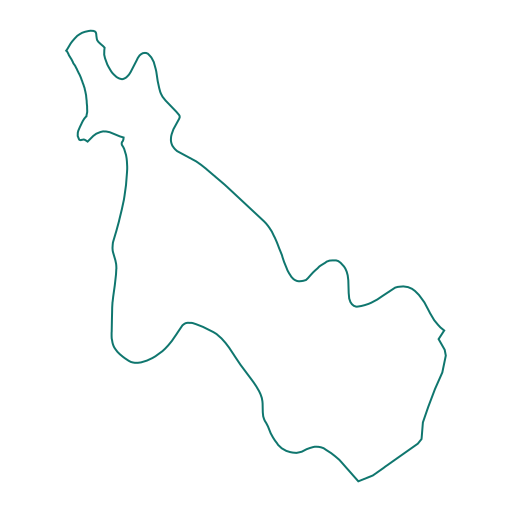 Tien Lang, Hải Phòng, Vietnam
{"feature_id": "81297802B70010606578992", "entity_name": "Tien Lang", "entity_type": "district", "adm_level": 2, "iso_a3": "VNM", "parent_name": "Vietnam", "parent_adm1": "Hải Phòng", "projection": "equal_earth", "projection_center": [106.556, 20.711], "detail": "fine", "context": "isolated", "style": "outline", "palette": "teal", "viewbox_px": 512, "rotation_deg": 0, "n_neighbors": 0, "source": "geoboundaries", "source_scale": "gbopen_adm2", "svg_char_len": 5059}
<svg xmlns="http://www.w3.org/2000/svg" viewBox="0 0 512 512"><path d="M104.6,47.7L103.2,46.2L100.4,43.8L98.4,41.9L97.2,40.2L96.8,38.8L96.4,36.0L96.2,33.8L95.8,32.4L94.8,31.4L93.3,30.9L91.7,30.8L90.7,30.7L88.6,31.0L85.0,31.8L82.1,32.8L79.7,34.2L77.3,35.8L74.6,38.6L72.2,41.4L70.7,43.4L67.5,48.8L66.2,50.7L67.0,51.4L67.6,52.4L68.0,53.2L68.3,53.7L68.5,54.2L68.9,55.2L69.4,56.0L69.9,56.8L70.4,57.6L71.0,58.6L71.4,59.2L71.7,59.8L72.2,60.7L72.4,61.2L72.8,61.9L73.2,63.0L73.5,63.5L73.9,64.1L74.4,64.7L74.9,65.5L75.3,66.1L76.1,67.8L76.6,68.6L77.0,69.5L77.4,70.4L78.3,72.2L78.6,72.9L79.0,73.6L79.5,74.5L80.4,76.5L80.8,77.5L81.2,78.5L81.6,79.8L82.1,80.9L82.7,82.8L83.6,85.1L83.9,86.2L84.2,87.0L84.6,88.2L84.8,89.4L85.1,90.6L85.3,91.4L86.1,95.4L86.2,96.7L86.3,97.7L86.4,98.6L86.5,99.6L86.7,101.0L86.7,101.9L86.8,103.5L87.0,105.4L87.1,106.5L87.1,107.2L87.1,108.1L87.2,110.4L87.2,110.8L87.2,111.6L87.2,112.1L86.8,114.0L86.6,114.9L86.5,115.6L86.4,116.1L86.4,116.4L85.9,116.7L84.3,118.6L83.1,120.5L82.9,120.9L82.8,121.0L81.8,123.0L81.4,123.9L79.9,127.0L78.3,130.7L77.8,132.7L77.7,136.0L78.2,137.2L78.9,139.0L79.3,139.7L79.7,139.9L80.0,140.0L80.4,140.1L81.0,140.1L81.5,139.9L82.1,139.8L82.8,139.7L83.6,139.5L84.2,139.6L84.7,139.8L85.3,140.1L85.8,140.4L87.6,141.6L93.3,135.9L96.3,133.7L100.5,132.0L103.0,131.4L106.2,131.5L109.7,132.2L114.6,134.2L119.9,136.4L123.6,137.5L123.4,139.4L122.9,140.9L122.0,142.1L121.7,143.1L121.7,144.0L121.9,144.9L122.4,145.7L123.4,147.3L124.2,149.0L125.4,153.0L126.0,154.9L126.3,156.6L126.6,158.4L126.9,161.2L127.1,164.9L127.2,166.7L127.2,169.0L127.0,172.5L126.0,185.1L124.5,195.9L123.9,199.7L123.8,200.2L121.8,209.5L119.2,220.2L119.0,221.2L116.3,231.1L113.8,239.5L113.3,241.2L112.9,242.7L112.7,244.8L112.6,246.3L112.5,248.0L112.6,249.5L112.7,250.8L113.1,252.5L115.4,260.4L115.7,261.9L116.1,263.8L116.3,265.9L116.4,268.6L116.3,269.0L116.0,274.5L114.8,285.2L113.2,296.6L112.6,301.8L112.5,302.2L112.2,307.2L112.1,311.8L111.9,320.7L111.7,331.4L111.6,332.9L111.6,336.1L111.7,338.4L112.1,340.4L112.5,342.7L113.0,344.5L113.7,346.3L114.3,347.5L115.5,349.3L117.4,351.8L118.4,352.8L119.8,354.2L122.8,356.7L124.8,358.2L128.7,360.8L131.0,362.0L132.3,362.3L132.5,362.4L134.8,362.8L137.9,362.8L141.0,362.4L144.3,361.4L146.9,360.6L152.3,358.1L155.4,356.3L158.4,354.1L162.4,351.2L165.1,348.7L168.2,345.4L170.5,342.6L171.9,340.9L173.6,338.4L176.5,334.2L177.8,332.2L182.4,325.4L183.0,324.9L183.9,324.2L184.8,323.6L185.9,323.1L187.5,322.8L191.6,322.9L192.8,323.1L196.1,324.2L203.0,326.9L213.4,332.1L216.5,334.0L221.5,338.4L225.5,342.9L229.3,347.9L229.4,348.1L234.1,355.2L234.6,356.0L240.5,364.8L251.5,379.5L253.7,382.5L256.3,386.4L259.1,391.2L260.5,394.2L261.8,397.9L262.4,401.2L262.6,403.5L262.7,408.6L262.8,412.4L263.2,416.3L264.0,418.9L264.8,420.8L266.3,423.2L268.0,426.5L270.7,433.3L273.0,437.5L275.0,440.6L277.0,443.2L278.1,444.9L281.4,448.0L281.9,448.4L286.3,450.9L290.2,452.1L292.9,452.6L296.5,452.9L299.3,452.3L301.8,451.7L306.6,449.2L309.9,448.0L313.0,447.1L314.9,446.7L318.3,446.8L321.0,447.3L323.6,448.2L326.4,450.1L331.1,453.1L335.2,456.3L339.4,459.9L358.3,481.3L372.8,475.5L383.9,467.7L385.0,466.8L417.8,443.7L421.5,439.1L421.7,437.3L422.9,422.4L428.2,407.0L435.0,389.0L442.3,372.5L445.8,355.6L444.7,349.8L438.6,339.1L444.2,330.5L440.4,327.4L438.0,324.8L434.2,320.2L430.0,313.1L429.2,311.5L424.4,302.4L421.5,298.4L418.9,294.9L415.0,291.0L412.0,288.8L408.0,287.1L403.3,286.4L398.7,286.8L397.8,286.9L395.2,287.6L382.6,295.9L377.3,299.5L371.3,302.7L368.5,303.9L364.8,305.1L361.3,306.0L358.9,306.4L356.8,306.7L356.0,306.6L353.8,305.8L351.9,304.2L350.4,302.0L349.2,298.5L348.8,294.1L348.7,293.1L348.3,280.3L347.7,275.4L346.7,271.7L345.3,268.5L344.0,266.5L340.6,262.8L338.3,261.1L336.1,260.4L332.6,260.4L329.5,260.6L328.5,261.0L326.7,261.6L325.3,262.7L321.2,265.2L319.3,266.5L317.6,268.3L315.3,270.3L313.4,272.1L313.0,272.5L310.8,274.9L307.9,278.2L306.0,280.0L303.3,280.8L301.3,281.1L299.0,281.3L297.1,281.0L295.2,280.2L293.5,279.1L291.4,276.9L289.7,274.2L289.2,273.5L287.5,270.4L286.6,268.1L284.8,263.7L284.0,261.7L282.5,257.2L282.0,255.3L280.2,250.8L279.2,248.4L277.5,243.9L276.7,241.9L274.9,237.8L273.8,235.7L271.9,231.7L270.9,230.1L270.2,229.1L269.8,228.4L268.1,226.0L266.1,223.5L264.1,221.4L241.8,200.6L230.0,189.6L224.7,184.7L207.2,169.8L206.2,168.9L201.3,165.0L196.2,161.4L177.1,151.1L175.1,149.3L173.9,147.9L172.3,145.6L171.5,143.5L171.1,141.9L170.9,140.1L171.0,137.9L171.2,136.1L171.7,134.1L173.4,129.3L178.1,120.7L179.2,118.7L179.7,117.2L179.6,116.0L179.1,115.0L176.3,111.7L165.6,100.6L164.4,99.1L162.5,96.7L160.9,93.6L160.2,91.8L159.2,88.1L157.7,81.1L156.3,71.7L155.8,69.4L154.9,66.1L154.3,64.0L153.8,62.1L152.4,59.4L151.3,57.4L149.8,55.7L147.9,53.7L146.2,53.0L144.8,52.9L142.8,53.2L141.2,54.1L139.6,55.4L137.8,58.0L136.7,60.3L130.6,72.1L129.0,74.6L127.8,75.9L126.7,77.0L125.6,77.9L124.7,78.3L124.4,78.5L122.8,79.1L121.5,79.1L119.3,78.5L117.5,77.6L116.4,76.9L115.1,75.7L113.7,74.4L112.3,72.9L111.2,71.4L110.0,69.4L108.5,66.8L107.3,64.5L106.2,61.5L105.0,58.2L104.2,54.7L104.3,50.2L104.6,47.7Z" fill="none" stroke="#0f766e" stroke-width="2"/></svg>